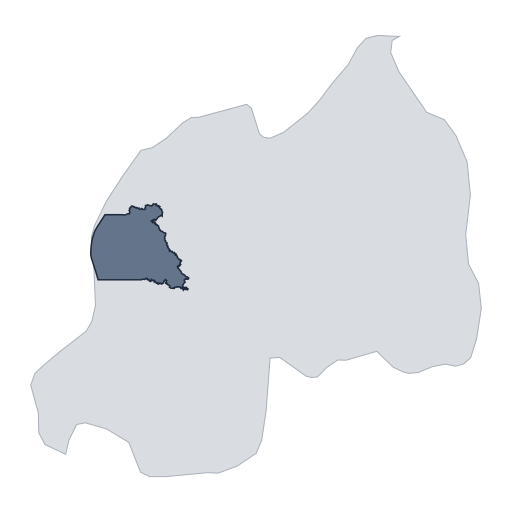 location of Rutsiro, Western, Rwanda
{"feature_id": "39286606B49553879902836", "entity_name": "Rutsiro", "entity_type": "district", "adm_level": 2, "iso_a3": "RWA", "parent_name": "Rwanda", "parent_adm1": "Western", "projection": "robinson", "projection_center": [29.444, -1.9], "detail": "fine", "context": "in_parent", "style": "filled", "palette": "slate", "viewbox_px": 512, "rotation_deg": 0, "n_neighbors": 0, "source": "geoboundaries", "source_scale": "gbopen_adm2", "svg_char_len": 6972}
<svg xmlns="http://www.w3.org/2000/svg" viewBox="0 0 512 512"><path d="M191.3,117.5L198.6,117.3L246.7,104.3L251.5,108.3L259.3,133.6L263.4,137.3L270.1,138.2L283.6,132.4L308.4,112.6L319.2,100.6L331.9,83.7L348.2,64.6L357.2,48.0L366.1,38.3L377.7,35.4L390.6,36.1L399.5,36.4L392.2,40.4L390.7,52.6L399.1,72.1L426.7,112.3L444.3,119.7L455.8,135.4L467.1,161.8L470.4,194.8L465.7,234.5L468.5,264.0L478.6,283.4L481.3,308.5L476.5,339.3L470.6,357.8L463.7,363.9L455.8,366.2L445.2,364.1L432.2,366.7L418.1,372.5L409.2,373.4L403.7,372.2L393.3,367.3L376.8,351.3L346.1,360.2L337.8,360.0L326.6,367.5L317.4,376.9L311.8,377.5L306.2,376.2L279.7,357.4L270.1,358.1L266.1,410.9L261.7,440.2L256.2,453.3L237.3,466.0L218.3,473.1L207.8,472.6L166.0,476.6L149.6,476.6L140.6,472.3L128.8,442.4L106.6,429.0L85.3,422.8L76.6,424.5L68.9,440.2L65.7,454.3L45.0,444.6L38.8,432.8L38.3,412.7L30.7,385.1L34.9,373.4L43.0,365.8L60.2,351.3L86.2,331.2L91.8,321.5L95.5,305.5L93.9,268.3L91.4,236.9L94.5,225.7L106.3,201.4L122.3,176.6L141.0,150.3L152.2,147.7L166.9,137.8L182.5,123.0L191.3,117.5Z" fill="#d9dde1" stroke="#a8b0b8" stroke-width="1"/><path d="M187.3,288.6L186.7,288.0L186.4,287.3L186.3,287.2L186.0,287.2L185.5,287.7L185.0,288.0L184.1,287.2L182.9,287.2L182.7,286.8L182.8,286.5L182.5,286.3L182.7,285.3L183.2,284.7L183.1,284.4L183.4,284.0L183.6,283.8L184.2,283.0L185.1,282.3L184.8,281.6L184.5,281.2L184.1,280.2L184.6,280.1L185.2,279.1L185.3,279.3L185.9,279.1L186.3,279.2L186.5,279.0L186.9,279.1L187.0,278.9L187.5,279.2L188.2,279.1L188.4,278.7L188.7,278.5L188.7,278.2L188.4,278.0L188.4,277.6L187.4,277.0L186.9,277.0L186.8,276.8L186.2,276.8L185.8,276.6L184.7,275.0L183.3,274.5L183.1,274.1L182.1,273.7L181.3,272.6L181.0,271.5L179.4,269.6L178.4,268.0L178.1,268.1L177.9,268.0L177.8,267.3L177.4,267.0L177.5,266.2L177.8,266.0L178.2,266.1L178.3,266.0L178.6,266.2L178.9,266.1L179.1,266.0L179.5,266.1L179.5,265.6L179.8,265.6L180.0,265.4L179.7,264.9L180.1,264.9L180.4,264.7L180.2,264.6L180.5,264.4L180.3,264.2L180.3,263.7L180.5,263.7L180.1,263.5L180.3,263.0L180.1,262.6L180.4,261.8L181.0,261.6L181.5,260.7L180.6,260.1L180.5,259.8L180.2,259.9L180.0,259.7L179.7,259.9L179.4,259.3L178.5,258.8L177.9,257.9L177.3,257.4L177.4,256.4L176.9,255.8L176.6,255.8L176.6,255.5L176.3,255.3L175.9,255.2L176.1,254.9L176.1,254.7L175.5,254.7L175.9,253.8L175.4,253.5L175.0,253.7L174.8,253.4L174.5,253.3L174.3,252.6L173.7,252.9L173.1,252.8L172.6,252.0L172.4,252.0L172.3,251.5L172.0,251.5L171.9,251.8L171.2,251.2L170.5,251.0L170.4,250.7L169.7,251.3L169.5,251.1L169.8,250.9L169.4,250.5L169.3,249.9L169.4,249.4L169.2,249.3L169.2,249.1L168.7,248.4L168.2,248.2L168.1,247.6L167.8,247.5L168.0,246.9L167.7,246.7L167.9,246.5L167.7,245.7L167.5,245.8L166.8,245.1L166.6,244.7L166.6,243.9L166.8,243.6L167.0,243.7L167.1,243.3L166.8,243.0L166.8,242.6L166.5,242.6L165.7,242.0L165.4,241.0L165.5,240.7L165.2,240.6L164.7,240.0L164.7,239.7L164.9,239.2L165.0,238.5L164.5,237.1L165.0,236.6L165.1,236.0L165.6,235.5L165.5,234.3L165.8,233.4L165.0,232.8L163.7,232.7L162.2,231.3L161.8,231.4L161.3,231.1L160.5,230.9L159.9,230.0L160.0,229.6L159.3,229.3L159.1,228.5L159.1,227.9L158.8,227.6L158.8,227.2L158.4,225.8L157.4,225.4L157.0,225.1L157.1,224.8L156.8,224.6L155.8,224.7L155.7,224.3L155.4,224.3L155.1,223.9L155.3,223.9L155.1,223.4L155.2,223.2L154.9,222.7L155.0,222.7L154.9,222.6L155.1,222.4L154.8,222.0L154.4,222.1L154.1,221.9L153.7,222.0L153.8,222.3L153.7,222.4L153.0,222.3L152.8,222.4L152.8,222.2L152.6,222.1L152.7,221.6L152.0,221.7L151.9,221.3L151.3,221.1L151.5,220.7L152.4,220.4L152.8,220.0L153.3,219.9L153.6,220.2L153.9,220.1L154.1,219.5L154.7,219.8L154.9,219.6L155.3,220.3L155.9,220.3L156.5,219.3L157.1,218.7L157.2,218.2L157.7,217.9L158.5,216.8L159.0,216.5L159.9,216.4L160.3,215.8L160.6,215.6L160.9,215.7L161.7,215.5L162.2,216.0L162.2,215.9L162.3,214.9L161.9,214.4L162.0,213.8L162.5,213.1L162.6,212.5L162.5,211.9L162.0,211.4L161.6,210.3L161.8,209.7L161.1,209.0L160.5,208.9L160.1,208.6L159.6,207.4L159.6,206.8L159.8,206.6L159.5,206.5L159.5,206.1L159.4,206.3L159.2,206.1L158.8,206.2L158.7,205.9L158.4,205.8L158.3,206.1L158.2,205.9L157.9,206.1L157.4,205.8L157.1,205.4L157.0,205.6L156.6,205.2L156.3,205.3L156.2,204.6L156.5,204.1L156.3,203.9L156.1,203.8L155.9,203.9L155.9,204.1L155.4,204.1L154.7,204.3L154.2,204.2L153.6,203.8L153.0,204.2L152.8,204.7L152.4,205.0L152.2,205.7L151.7,206.0L151.2,205.9L151.0,205.7L150.4,205.7L149.7,205.4L148.9,205.4L148.8,205.2L148.2,205.3L147.9,205.0L147.8,205.3L147.7,205.3L147.1,205.1L146.4,205.4L146.1,205.5L145.5,205.5L145.7,206.5L145.4,207.1L145.4,207.6L145.1,207.7L145.0,208.0L145.4,208.7L145.1,209.1L144.2,209.6L142.5,209.2L142.2,208.7L141.7,208.4L140.7,209.4L140.4,209.1L139.5,209.1L139.0,208.9L139.0,208.1L138.7,208.1L137.6,208.2L137.0,207.7L136.8,208.0L136.3,208.0L135.9,207.5L135.5,207.6L135.3,207.4L134.7,207.4L134.3,206.8L134.0,206.9L133.8,206.6L133.4,206.7L133.2,206.4L132.9,206.4L131.8,205.9L131.2,206.9L130.4,207.2L130.4,207.6L130.0,208.1L129.6,208.2L129.5,208.7L129.5,209.0L129.8,209.4L129.1,210.5L129.5,211.1L129.8,212.5L129.6,213.5L129.2,213.9L128.9,213.5L127.6,213.8L126.6,214.4L124.9,215.0L122.4,214.7L105.0,214.7L96.9,227.3L95.1,230.5L94.2,232.6L93.2,235.7L92.3,238.8L91.8,241.3L91.0,247.6L90.7,254.5L91.3,257.8L95.9,272.1L98.1,279.8L141.6,279.8L142.4,279.2L143.0,279.1L144.7,279.5L145.1,279.2L145.3,278.9L145.6,278.9L145.7,278.6L145.8,278.5L145.8,278.3L146.0,278.2L146.5,278.7L147.2,278.6L147.4,278.5L147.6,278.7L147.5,278.8L147.5,279.3L147.2,279.3L147.4,279.7L148.0,279.6L148.5,280.0L148.6,279.8L148.9,280.0L149.0,279.9L149.4,280.9L150.3,280.5L150.3,281.0L150.6,281.1L150.4,281.4L150.6,281.5L150.8,281.3L150.9,280.7L151.2,280.7L151.5,279.9L151.7,280.4L152.1,280.4L152.3,280.2L153.0,280.7L153.4,280.8L153.5,280.2L154.3,280.3L154.5,280.7L154.2,281.4L154.3,281.9L154.7,281.5L155.1,281.6L155.2,281.9L155.7,281.8L156.0,282.2L156.2,283.1L156.7,283.3L156.8,282.8L157.4,282.9L157.8,283.9L158.6,284.2L158.9,283.8L158.7,283.6L158.9,283.1L159.6,283.3L159.9,283.0L160.4,283.4L160.5,283.2L161.3,283.4L161.6,283.7L161.6,284.0L162.4,283.8L162.7,283.3L163.2,283.2L163.6,282.1L164.0,281.5L164.0,281.1L164.4,280.9L164.8,280.4L165.3,280.2L165.3,279.6L165.5,279.7L165.6,279.9L166.6,280.5L166.3,280.8L166.3,281.6L166.0,282.1L165.9,282.6L165.5,282.8L165.6,283.3L166.7,283.2L166.6,283.6L166.7,284.0L167.5,284.3L167.7,284.7L168.1,284.7L168.5,285.0L169.0,285.2L169.2,285.6L169.6,285.7L169.9,286.3L169.5,287.1L169.9,287.2L170.0,287.5L170.5,287.9L170.7,288.2L172.3,288.2L172.9,288.4L173.2,288.2L173.9,288.5L174.3,288.4L174.5,288.2L174.2,287.6L174.7,287.2L175.8,287.2L176.5,286.8L176.8,287.1L177.0,287.0L177.4,287.1L177.9,286.6L178.7,287.0L178.9,286.8L179.3,286.8L179.8,287.2L180.0,287.0L181.0,288.4L181.3,288.0L181.5,288.3L182.2,288.0L183.0,288.5L183.0,289.0L182.8,289.3L183.2,289.7L183.3,290.0L183.8,289.2L184.1,289.4L184.7,289.1L184.9,289.3L185.1,289.1L185.4,289.3L185.7,288.9L186.0,289.0L186.2,288.8L186.6,289.5L187.0,289.3L187.5,289.8L187.8,289.5L188.0,288.8L187.8,288.6L187.3,288.6Z" fill="#64748b" stroke="#1e293b" stroke-width="1.5"/></svg>